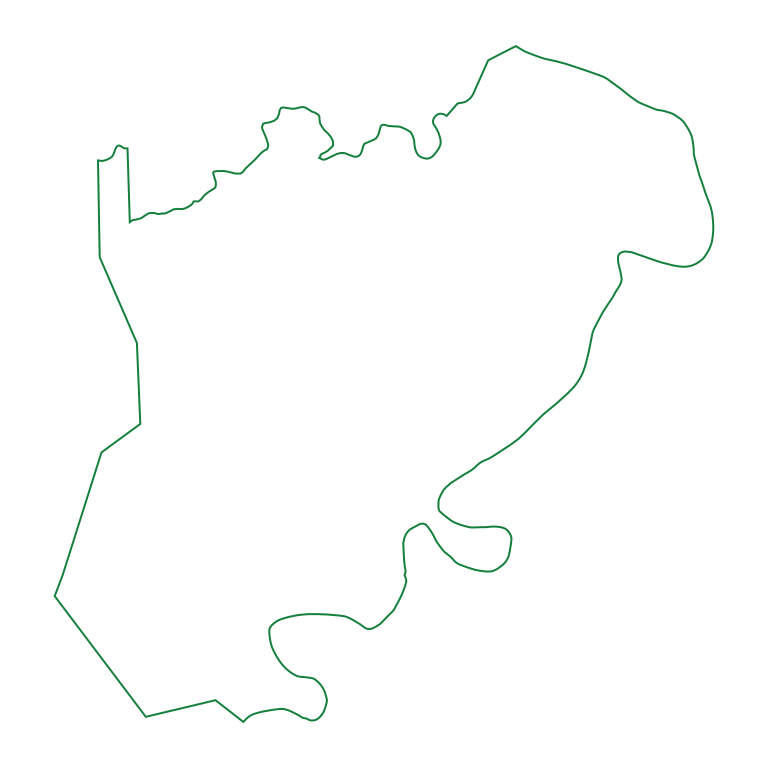 outline of San Manuel, Cortés, Honduras
{"feature_id": "27666195B93491027211902", "entity_name": "San Manuel", "entity_type": "district", "adm_level": 2, "iso_a3": "HND", "parent_name": "Honduras", "parent_adm1": "Cortés", "projection": "albers", "projection_center": [-87.892, 15.375], "detail": "fine", "context": "isolated", "style": "outline", "palette": "green", "viewbox_px": 768, "rotation_deg": 0, "n_neighbors": 0, "source": "geoboundaries", "source_scale": "gbopen_adm2", "svg_char_len": 6102}
<svg xmlns="http://www.w3.org/2000/svg" viewBox="0 0 768 768"><path d="M243.3,721.9L246.4,718.7L248.5,716.9L251.2,715.2L254.1,713.9L258.5,712.6L264.1,711.3L273.7,709.7L279.3,709.0L282.0,708.9L283.7,709.0L285.8,709.5L288.4,710.3L291.4,711.6L295.5,713.6L298.7,715.3L302.6,717.8L303.5,718.1L305.2,718.3L306.6,718.6L309.3,720.0L310.8,720.4L311.8,720.5L313.6,720.4L316.0,719.8L318.3,718.4L320.4,716.5L323.0,713.0L323.9,711.3L325.8,706.0L326.6,702.9L326.9,701.2L326.8,699.3L325.8,695.2L324.3,690.8L322.8,687.9L321.2,685.5L318.8,682.7L316.6,680.7L314.4,679.0L313.0,678.4L310.5,677.9L306.2,677.3L299.5,676.7L297.9,676.3L296.1,675.6L293.1,674.0L289.5,671.6L286.2,668.8L282.6,665.1L280.0,661.7L276.4,656.2L273.6,650.9L271.9,646.9L270.4,641.5L269.4,634.6L269.3,630.5L269.6,628.7L270.0,627.6L270.9,626.3L272.1,624.9L275.0,622.4L278.4,620.3L282.0,618.9L288.4,617.0L296.2,615.4L301.5,614.7L308.9,614.1L317.1,614.1L327.3,614.5L339.0,615.5L345.2,616.4L348.1,617.5L352.0,619.4L359.4,623.8L362.7,626.1L365.2,628.0L366.3,628.5L367.8,628.9L370.1,629.0L372.7,628.3L375.7,626.8L379.9,624.1L381.2,623.0L386.8,617.1L392.0,612.0L393.9,609.8L397.4,603.4L400.7,597.0L403.1,591.5L404.8,586.9L406.1,582.4L406.3,580.7L405.8,578.2L404.5,575.1L405.4,572.9L405.6,570.8L404.7,565.9L404.1,560.0L403.5,549.2L403.3,542.6L404.4,537.9L405.6,534.9L406.7,533.1L408.1,531.3L409.6,529.8L410.8,528.9L419.4,524.3L420.4,523.9L421.8,523.7L423.3,523.7L424.6,524.1L425.7,524.6L427.8,526.8L430.8,531.0L433.5,535.5L435.7,540.0L436.6,541.7L441.4,548.3L444.2,551.7L450.1,556.4L452.3,558.6L454.9,561.5L456.8,563.0L459.5,564.5L467.6,567.5L474.7,569.7L478.8,570.6L486.0,571.5L489.3,571.5L491.1,571.4L492.9,571.0L494.7,570.2L496.8,569.2L498.9,567.8L502.8,564.8L504.7,562.9L506.0,561.3L507.8,558.3L508.9,555.2L509.9,550.4L510.9,544.3L511.5,538.8L511.2,536.7L510.3,534.4L508.8,532.0L507.0,529.9L505.5,528.8L502.5,527.6L500.6,527.2L496.3,526.6L492.0,526.6L485.4,527.2L480.5,527.2L473.1,527.5L470.7,527.4L467.1,526.7L462.5,525.4L459.1,524.3L455.5,522.9L452.3,521.3L450.0,519.8L443.6,514.8L440.2,511.8L439.4,510.8L438.7,509.3L438.4,506.1L438.6,500.4L439.1,498.7L440.8,494.9L443.7,489.8L446.3,487.0L451.3,482.7L463.5,474.9L471.0,470.5L474.2,468.0L478.3,464.2L480.8,462.3L483.9,460.7L488.8,458.7L494.9,455.0L510.0,445.1L518.2,439.1L520.8,436.7L524.9,432.8L536.1,421.4L543.3,414.4L556.3,403.6L561.8,398.7L567.6,393.4L573.7,387.2L576.6,383.5L579.4,379.3L581.9,374.7L583.2,371.7L585.1,366.2L586.5,361.0L588.7,352.1L592.3,333.9L593.0,331.6L594.0,328.9L597.5,322.2L603.1,311.7L608.4,303.6L612.3,297.9L615.6,292.0L619.5,285.8L620.5,283.8L621.1,282.2L621.6,279.9L621.5,277.4L620.5,272.0L618.4,263.3L618.0,259.7L618.0,257.6L618.3,255.8L618.8,254.5L619.7,253.5L621.6,252.3L623.9,251.6L625.8,251.5L630.8,252.1L632.7,252.6L660.1,262.1L673.5,265.5L679.1,266.4L683.4,266.8L686.6,266.6L690.3,266.0L693.5,264.9L696.3,263.6L699.3,261.7L702.4,259.2L704.2,257.3L706.2,254.4L708.5,250.5L710.7,245.6L711.8,242.1L712.6,237.4L713.2,231.4L713.3,225.9L712.8,218.7L712.3,214.5L711.6,210.6L710.5,206.3L705.7,193.8L701.8,181.9L699.5,175.7L694.7,158.0L694.0,155.4L693.8,153.8L693.7,149.1L693.3,145.1L692.3,138.8L691.4,135.5L690.4,133.1L689.0,130.3L685.5,124.5L683.1,121.3L680.1,118.6L675.1,115.2L672.8,113.9L670.6,113.0L664.0,111.0L661.6,110.5L658.0,110.0L656.0,109.5L642.9,104.2L639.0,102.4L636.2,100.7L632.1,97.8L628.1,94.8L621.5,89.4L607.3,79.0L605.2,77.7L603.1,76.7L599.2,75.2L589.9,71.9L569.8,65.1L565.3,63.7L556.3,61.3L544.8,58.8L538.1,56.6L530.6,53.8L525.2,51.6L522.9,50.4L515.8,46.1L488.2,60.3L472.9,94.6L471.3,96.9L469.8,98.6L467.7,100.3L465.4,101.8L462.6,102.6L457.6,103.4L446.7,115.9L445.1,114.9L443.5,114.2L441.8,113.8L440.3,113.7L438.7,114.1L437.3,114.6L436.1,115.5L434.8,116.9L433.8,118.4L433.1,120.5L433.0,121.7L433.2,123.3L433.7,124.5L435.3,126.7L436.7,129.1L438.5,132.9L439.9,137.2L440.4,139.1L440.7,141.5L440.6,143.5L440.1,145.6L439.0,148.0L437.4,150.5L435.4,153.2L433.8,155.1L432.3,156.5L430.6,157.7L428.8,158.4L427.6,158.6L425.4,158.5L422.2,157.6L420.7,157.0L419.8,156.4L418.5,155.3L417.5,154.1L416.2,151.8L415.3,149.3L414.5,145.1L414.1,140.4L413.6,138.5L412.5,135.5L411.6,133.8L410.8,132.5L409.7,131.5L407.3,130.0L404.4,128.6L401.9,127.5L399.8,126.8L397.7,126.5L393.0,126.3L388.1,125.9L385.3,125.0L383.7,124.8L382.8,124.8L382.0,125.1L381.3,125.6L380.7,126.3L378.6,134.1L377.4,136.5L376.1,138.2L375.2,138.9L374.1,139.6L364.8,143.6L364.2,144.0L363.1,146.2L362.3,149.8L361.1,153.0L360.0,154.8L358.5,156.1L356.6,156.7L354.0,156.7L348.2,154.5L345.4,153.3L343.0,153.0L340.3,153.1L338.2,153.6L336.1,154.3L326.4,159.0L324.1,159.7L322.7,159.6L319.2,157.9L320.4,156.2L320.5,154.9L322.0,153.8L324.6,152.7L327.8,150.8L333.1,145.6L332.9,141.0L331.0,137.2L327.9,133.4L324.3,130.1L321.0,125.1L320.0,123.1L319.5,119.4L319.4,116.6L318.4,114.8L315.0,112.7L311.7,111.5L309.3,109.9L305.4,107.6L303.6,107.1L300.6,107.2L296.5,108.3L294.8,108.6L291.4,108.7L283.2,107.4L281.0,108.0L279.7,110.1L279.0,114.0L277.2,118.3L274.4,120.6L270.8,122.0L267.9,122.7L266.1,122.9L263.2,123.7L261.9,127.2L262.6,129.7L265.9,137.2L267.8,143.2L268.3,145.7L267.1,149.1L264.3,150.6L261.7,152.5L254.6,160.0L245.5,168.5L243.5,171.2L242.1,172.6L240.9,173.3L240.2,173.6L237.0,173.6L234.6,173.4L228.0,171.7L223.6,171.0L217.3,171.1L214.2,171.5L213.4,172.2L213.2,173.4L215.8,182.0L215.9,184.8L215.4,187.4L214.5,188.2L208.7,191.9L205.8,194.1L204.3,195.5L201.0,199.4L199.2,200.9L198.5,201.3L197.5,201.5L195.0,201.3L193.8,201.4L193.1,202.3L192.3,203.8L191.1,205.0L187.6,207.2L184.4,208.6L181.9,209.1L177.5,208.9L173.9,209.3L172.7,209.7L171.2,210.7L166.5,212.9L164.0,213.7L162.5,213.4L160.2,213.9L158.3,214.0L157.3,213.9L155.5,213.3L154.3,213.1L151.7,213.0L149.2,213.1L147.1,214.2L140.9,218.3L135.8,219.7L133.3,219.9L131.2,221.0L129.8,222.1L127.5,148.4L126.1,148.4L124.4,148.2L122.8,147.5L120.9,146.2L120.1,145.8L119.0,145.5L117.9,145.7L117.0,146.4L116.1,147.5L115.0,150.0L113.8,153.5L113.1,155.0L112.0,156.6L110.8,157.6L107.9,159.3L104.0,160.7L101.4,160.9L98.0,160.4L99.7,257.2L136.9,343.0L140.3,423.9L101.5,452.4L62.7,575.0L54.7,596.1L145.8,716.8L215.5,700.2L243.3,721.9Z" fill="none" stroke="#15803d" stroke-width="2"/></svg>